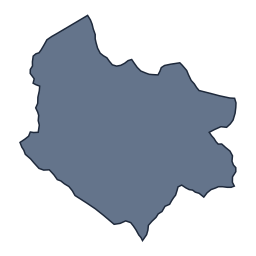 outline of Monte Mor, São Paulo, Brazil
{"feature_id": "56859067B95842262172084", "entity_name": "Monte Mor", "entity_type": "district", "adm_level": 2, "iso_a3": "BRA", "parent_name": "Brazil", "parent_adm1": "São Paulo", "projection": "robinson", "projection_center": [-47.299, -22.952], "detail": "fine", "context": "isolated", "style": "filled", "palette": "slate", "viewbox_px": 256, "rotation_deg": 0, "n_neighbors": 0, "source": "geoboundaries", "source_scale": "gbopen_adm2", "svg_char_len": 1873}
<svg xmlns="http://www.w3.org/2000/svg" viewBox="0 0 256 256"><path d="M188.5,74.9L186.7,70.5L184.6,68.0L182.1,65.1L179.8,62.8L176.6,63.3L170.6,64.2L164.5,65.5L161.3,67.6L159.9,71.3L158.0,74.9L152.7,74.6L149.2,74.3L145.6,73.0L140.8,71.0L137.2,67.4L133.8,62.6L131.7,59.5L128.1,60.6L124.6,63.3L120.8,65.3L116.6,66.1L112.3,64.8L109.3,61.2L106.9,57.8L103.3,55.7L100.2,53.2L97.6,48.2L96.0,42.5L95.2,38.8L95.2,34.5L93.2,28.8L92.1,24.2L90.4,19.9L87.6,15.4L71.7,24.8L56.1,34.0L51.7,36.5L46.9,39.8L44.3,44.5L41.2,49.8L39.0,52.8L35.9,53.8L33.2,56.1L32.4,61.8L32.5,66.0L30.3,69.5L30.2,73.4L34.2,78.8L33.1,83.2L35.9,84.7L39.7,86.1L39.3,90.8L37.9,97.2L37.7,103.4L35.7,107.9L37.7,112.1L38.7,115.4L38.2,120.6L39.3,125.1L38.2,132.3L33.6,132.5L30.3,132.0L28.6,136.2L24.8,139.2L20.0,142.4L21.8,147.1L23.8,150.2L25.3,154.3L30.7,159.0L34.0,162.9L39.0,168.4L43.7,170.1L49.3,169.8L53.9,174.8L57.3,179.6L60.8,180.9L64.4,183.8L68.9,186.5L72.3,190.7L75.0,195.5L86.7,203.0L95.3,208.8L103.5,215.3L114.1,224.3L120.1,223.4L125.7,220.9L130.7,222.6L133.4,226.0L136.0,229.9L138.8,235.0L141.0,237.6L142.5,240.6L144.6,237.6L146.6,234.7L147.9,230.1L148.4,225.3L151.9,221.3L156.0,217.4L158.2,213.9L162.0,211.5L165.0,206.3L169.6,204.3L171.6,200.7L173.5,197.8L175.6,195.1L177.1,190.3L178.0,186.9L181.7,185.1L185.9,187.9L189.2,189.6L192.6,190.1L195.2,192.1L199.1,193.3L203.8,197.1L207.1,192.8L211.0,189.6L215.5,188.0L218.4,186.7L222.5,186.7L227.2,187.3L231.2,187.3L234.3,186.1L232.4,182.3L232.5,176.9L235.8,171.7L235.8,167.7L233.4,165.0L232.0,161.2L232.5,155.8L230.0,151.1L225.6,147.5L221.7,144.0L218.2,144.1L216.0,141.7L214.0,138.5L211.7,135.9L209.2,132.3L214.6,129.5L220.9,126.7L226.6,127.3L230.3,123.9L233.1,120.0L235.1,113.2L235.8,107.4L236.0,102.9L234.6,98.3L229.8,98.0L219.5,95.8L213.1,94.1L199.0,90.5L196.5,87.4L194.3,83.9L191.2,80.5L188.5,74.9Z" fill="#64748b" stroke="#1e293b" stroke-width="1.5"/></svg>